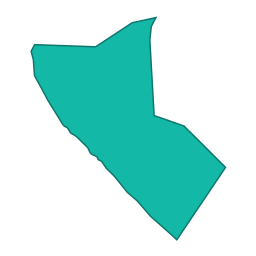 SVG path tracing the border of Shabeellaha Dhexe, rotated 91°
{"feature_id": "SOM-2410", "entity_name": "Shabeellaha Dhexe", "entity_type": "Region", "adm_level": 1, "iso_a3": "SOM", "parent_name": "Somalia", "parent_adm1": "", "projection": "albers", "projection_center": [46.104, 3.02], "detail": "fine", "context": "isolated", "style": "filled", "palette": "teal", "viewbox_px": 256, "rotation_deg": 91, "n_neighbors": 0, "source": "natural_earth", "source_scale": "10m", "svg_char_len": 690}
<svg xmlns="http://www.w3.org/2000/svg" viewBox="0 0 256 256"><g transform="rotate(91 128 128)"><path d="M238.9,77.3L235.9,80.5L215.8,104.0L200.7,117.5L192.3,127.6L176.8,140.5L168.5,149.1L161.4,154.1L161.2,155.1L160.7,156.2L160.1,157.2L159.5,157.5L157.6,158.3L156.5,160.1L155.6,162.3L154.4,164.5L152.9,165.7L148.5,167.8L137.9,178.9L136.6,180.6L134.7,184.1L133.7,185.5L128.9,188.5L127.2,191.8L124.9,193.7L102.2,208.3L89.3,215.5L77.3,222.4L77.1,222.4L60.9,223.9L53.0,226.2L46.3,222.8L47.4,161.8L22.7,125.7L17.1,102.0L26.1,106.5L39.6,107.7L115.1,102.1L125.2,71.6L125.4,71.7L130.7,66.3L130.8,66.0L165.7,29.8L238.5,77.0L238.9,77.3Z" fill="#14b8a6" stroke="#0f766e" stroke-width="1.5"/></g></svg>